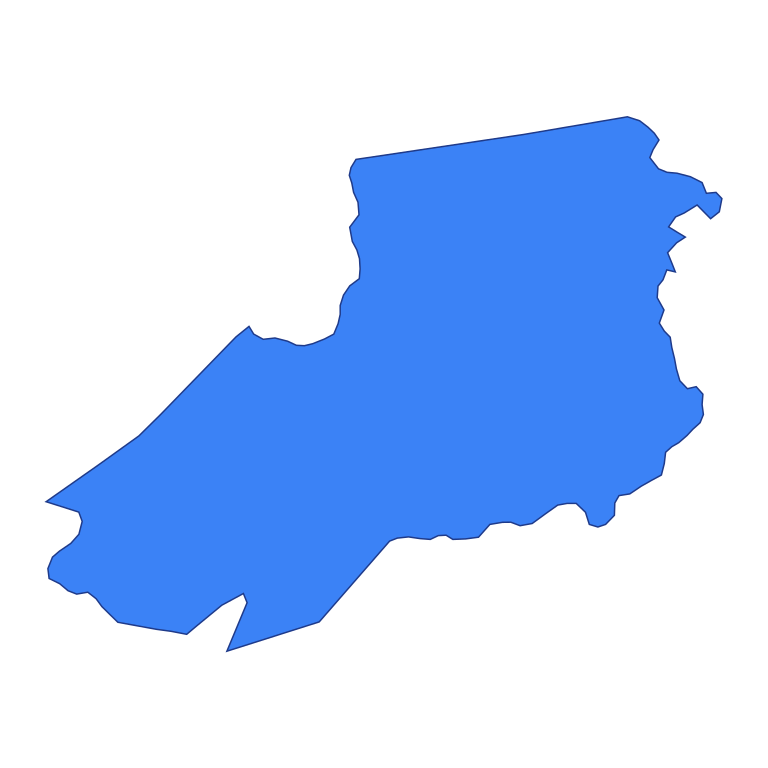 Pojuca, Bahia, Brazil (orthographic projection)
{"feature_id": "56859067B76883153618949", "entity_name": "Pojuca", "entity_type": "district", "adm_level": 2, "iso_a3": "BRA", "parent_name": "Brazil", "parent_adm1": "Bahia", "projection": "orthographic", "projection_center": [-38.236, -12.36], "detail": "fine", "context": "isolated", "style": "filled", "palette": "blue", "viewbox_px": 768, "rotation_deg": 0, "n_neighbors": 0, "source": "geoboundaries", "source_scale": "gbopen_adm2", "svg_char_len": 1833}
<svg xmlns="http://www.w3.org/2000/svg" viewBox="0 0 768 768"><path d="M356.0,159.4L351.0,167.6L349.3,175.3L351.8,183.0L353.6,192.4L358.0,202.3L359.0,214.8L349.7,227.2L352.3,241.4L356.9,250.0L359.5,258.7L360.1,268.9L359.3,278.7L349.8,285.8L343.5,295.1L340.2,305.5L340.2,314.4L338.1,323.7L333.8,334.1L324.5,339.0L312.7,343.7L304.4,345.7L296.4,345.3L287.6,341.2L275.0,338.0L263.2,339.3L253.7,334.1L249.0,326.4L236.1,336.8L228.6,344.5L161.1,414.0L138.9,435.9L98.5,464.9L46.1,501.7L78.8,512.1L82.2,521.4L78.9,534.3L70.8,543.4L59.5,551.1L52.5,557.1L47.9,568.6L49.1,578.5L59.7,583.7L68.0,590.7L76.7,594.1L87.8,592.2L96.1,598.7L101.9,606.6L110.0,614.6L117.9,622.3L156.4,629.3L171.1,631.3L186.7,634.3L196.8,625.8L221.8,605.2L243.4,593.5L247.1,602.7L226.9,651.2L319.2,621.9L389.6,541.1L397.3,538.1L408.5,536.9L420.1,538.6L430.3,539.4L438.3,535.6L446.1,535.2L452.8,539.4L465.6,538.9L478.5,537.2L489.9,524.4L502.5,522.3L510.8,522.2L520.1,525.7L532.2,523.5L545.6,513.7L557.7,505.1L567.1,503.4L576.2,503.4L585.5,512.3L589.3,524.4L597.9,527.0L605.6,524.4L614.4,515.3L614.8,503.0L619.0,495.6L629.8,493.9L641.2,486.2L650.9,480.7L661.4,475.0L664.3,463.5L665.6,452.3L671.8,446.7L678.7,442.7L687.0,435.5L692.9,429.2L700.1,422.7L703.4,414.5L702.1,404.6L702.9,394.2L696.2,386.7L687.4,388.7L679.8,380.7L676.4,368.9L674.5,358.6L671.8,347.5L670.2,337.2L664.3,331.1L659.3,323.1L664.0,310.0L657.2,297.7L658.0,286.1L663.0,279.8L666.8,269.9L675.3,271.9L672.4,264.5L667.6,252.7L676.6,242.8L685.3,237.1L677.0,232.1L668.6,226.9L675.6,216.9L684.2,213.0L697.1,205.0L703.8,211.8L710.6,218.7L719.3,211.8L721.9,198.6L716.0,192.4L706.4,193.3L702.1,182.6L690.4,176.7L677.0,173.2L667.0,172.3L658.5,168.8L649.8,157.6L653.1,149.6L659.0,140.0L654.3,133.2L648.0,127.2L639.7,120.8L627.4,116.8L523.5,134.5L356.0,159.4Z" fill="#3b82f6" stroke="#1e3a8a" stroke-width="1.5"/></svg>